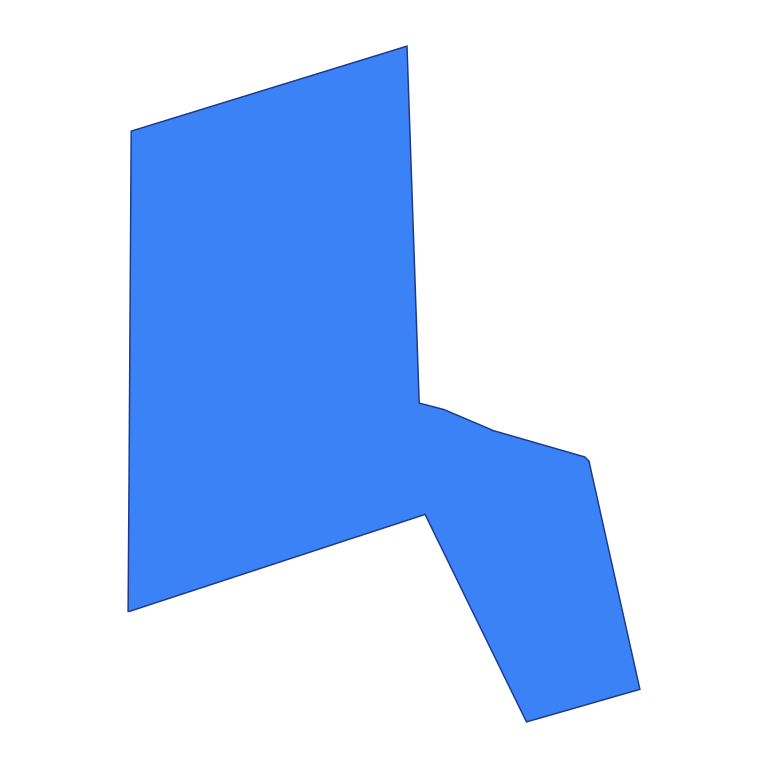 outline of Bindura Urban, Mashonaland Central, Zimbabwe
{"feature_id": "62879985B95649455057602", "entity_name": "Bindura Urban", "entity_type": "district", "adm_level": 2, "iso_a3": "ZWE", "parent_name": "Zimbabwe", "parent_adm1": "Mashonaland Central", "projection": "orthographic", "projection_center": [31.346, -17.309], "detail": "fine", "context": "isolated", "style": "filled", "palette": "blue", "viewbox_px": 768, "rotation_deg": 0, "n_neighbors": 0, "source": "geoboundaries", "source_scale": "gbopen_adm2", "svg_char_len": 491}
<svg xmlns="http://www.w3.org/2000/svg" viewBox="0 0 768 768"><path d="M129.1,470.2L128.1,611.4L129.5,611.4L155.5,602.8L351.8,538.4L362.0,535.1L403.8,521.4L425.1,514.4L437.9,540.7L438.3,541.4L469.7,605.8L501.7,671.2L502.2,672.3L526.5,721.9L639.9,689.3L606.0,537.6L596.1,493.0L592.1,475.4L589.0,461.1L584.8,457.0L494.3,430.9L492.9,430.8L492.5,430.2L468.7,420.1L444.1,409.6L419.2,403.1L407.0,46.1L131.2,131.1L130.0,322.9L129.1,470.2Z" fill="#3b82f6" stroke="#1e3a8a" stroke-width="1.5"/></svg>